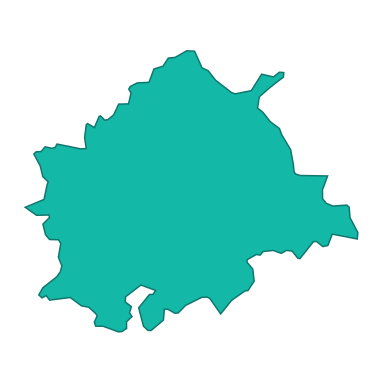 SVG path tracing the border of Cambridgeshire, rotated 91°
{"feature_id": "GBR-2053", "entity_name": "Cambridgeshire", "entity_type": "Administrative County", "adm_level": 1, "iso_a3": "GBR", "parent_name": "United Kingdom", "parent_adm1": "", "projection": "mercator", "projection_center": [0.071, 52.364], "detail": "fine", "context": "isolated", "style": "filled", "palette": "teal", "viewbox_px": 384, "rotation_deg": 91, "n_neighbors": 0, "source": "natural_earth", "source_scale": "10m", "svg_char_len": 1872}
<svg xmlns="http://www.w3.org/2000/svg" viewBox="0 0 384 384"><g transform="rotate(91 192 192)"><path d="M156.8,350.8L154.6,348.7L154.2,343.6L149.4,339.7L150.7,332.9L149.9,329.6L146.4,327.8L150.8,304.1L150.4,298.5L139.7,300.3L126.6,298.9L125.4,297.6L129.3,290.7L118.1,286.2L117.5,284.8L121.7,280.5L121.2,277.5L116.3,271.7L105.4,266.8L105.0,257.0L94.2,254.7L90.2,257.0L87.6,255.6L83.9,248.8L83.1,236.9L69.7,232.2L66.7,223.2L58.5,218.0L57.7,211.2L50.9,199.7L51.2,191.9L67.7,184.1L70.4,178.0L79.8,170.4L92.0,154.1L93.1,150.4L89.6,134.5L73.0,124.4L75.5,112.6L70.7,106.6L71.0,102.3L75.6,102.6L80.3,108.7L87.3,117.2L95.7,126.4L106.9,127.9L111.1,122.5L120.4,114.9L127.0,105.7L133.0,103.4L148.0,94.1L162.9,91.1L169.9,90.3L172.2,88.8L173.6,84.2L173.6,74.9L173.6,56.7L187.6,61.6L196.6,61.3L201.1,57.3L203.6,50.9L202.4,36.9L204.5,34.6L215.0,33.5L229.6,25.5L236.1,25.9L231.7,51.0L243.1,55.2L244.3,60.2L239.4,66.5L239.5,69.7L256.7,82.9L256.4,85.0L249.4,90.8L248.7,96.3L251.8,101.7L249.0,109.8L250.3,119.8L253.9,122.8L253.4,126.7L258.7,135.6L261.2,135.8L268.0,129.9L280.0,128.3L289.5,134.2L290.1,137.4L299.6,150.5L313.4,161.2L298.1,172.3L296.8,175.1L297.2,180.5L305.5,196.4L313.2,203.7L313.5,207.1L309.6,214.2L309.7,217.6L320.5,218.3L331.2,230.5L331.1,233.7L327.0,238.2L308.7,243.3L295.2,232.7L295.0,229.2L291.0,226.7L285.9,241.5L298.0,256.6L303.1,256.8L307.7,250.6L313.8,252.4L317.6,249.8L322.9,255.2L329.6,255.0L332.8,259.8L333.1,263.2L327.8,278.5L327.8,286.0L323.8,287.4L317.4,284.6L315.0,286.4L309.0,293.3L307.8,300.5L299.6,311.9L302.6,332.5L298.1,336.0L300.5,340.1L297.6,343.4L290.4,339.5L279.1,325.7L273.9,322.2L268.2,320.8L259.5,324.5L245.7,322.3L242.1,324.7L242.0,333.6L237.3,337.7L226.7,340.5L220.1,334.1L217.5,334.5L218.0,347.1L210.2,358.5L202.0,339.8L187.6,337.1L184.3,336.0L179.3,341.4L168.6,344.2L156.8,350.8Z" fill="#14b8a6" stroke="#0f766e" stroke-width="1.5"/></g></svg>